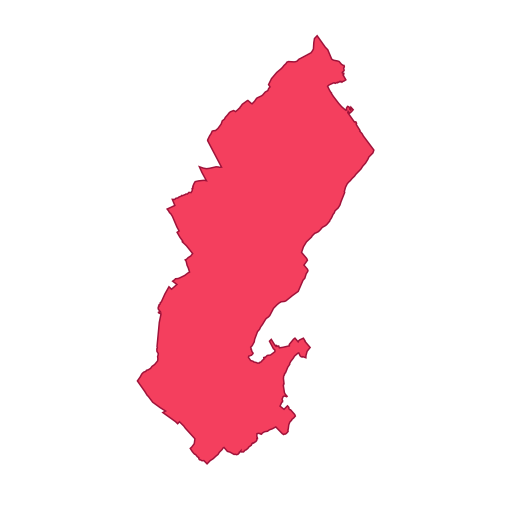 Vultureni, Bacau, Romania, rotated 245°
{"feature_id": "2599482B57556224697015", "entity_name": "Vultureni", "entity_type": "district", "adm_level": 2, "iso_a3": "ROU", "parent_name": "Romania", "parent_adm1": "Bacau", "projection": "natural_earth1", "projection_center": [27.229, 46.411], "detail": "fine", "context": "isolated", "style": "filled", "palette": "rose", "viewbox_px": 512, "rotation_deg": 245, "n_neighbors": 0, "source": "geoboundaries", "source_scale": "gbopen_adm2", "svg_char_len": 6056}
<svg xmlns="http://www.w3.org/2000/svg" viewBox="0 0 512 512"><g transform="rotate(245 256 256)"><path d="M429.8,404.5L428.4,400.9L425.0,398.6L419.3,395.5L417.8,393.4L416.9,391.7L416.2,378.1L415.2,375.3L415.5,373.5L415.9,372.4L418.5,367.6L418.6,365.9L417.7,364.5L416.9,362.0L415.7,359.6L415.0,357.6L413.6,352.4L410.2,345.0L406.0,339.8L403.6,340.2L403.2,340.0L402.5,338.3L400.9,336.6L400.7,333.7L399.1,330.1L398.8,328.7L398.8,323.8L398.5,322.9L396.9,320.2L395.6,316.8L396.1,316.3L400.4,314.4L400.5,314.0L399.3,307.7L398.1,305.6L397.5,304.3L396.9,303.7L396.9,303.0L396.2,301.2L395.5,298.5L397.3,297.2L397.5,293.7L397.1,292.2L395.9,289.9L394.6,286.8L393.3,285.1L392.8,282.6L390.3,280.2L387.6,275.3L386.8,272.2L387.4,270.8L387.7,269.1L385.8,266.9L384.6,264.9L381.8,261.4L381.4,261.4L381.0,260.9L351.1,262.3L351.9,260.2L352.6,259.5L353.7,257.5L355.1,251.0L356.0,248.1L357.9,245.4L360.8,242.4L354.6,242.3L345.2,242.9L346.4,241.2L347.0,239.7L348.4,235.5L349.1,232.3L347.9,230.5L346.1,228.5L345.7,228.5L345.4,227.9L344.3,227.6L344.0,227.3L344.3,227.0L343.9,226.4L343.3,226.5L342.1,225.7L340.9,223.9L342.0,222.1L341.2,220.1L341.8,218.6L341.6,217.8L341.8,214.7L342.2,214.3L341.9,214.0L342.0,210.8L341.6,209.5L342.2,207.9L341.6,206.2L342.7,204.1L336.1,203.8L336.1,195.3L334.0,195.8L331.7,196.0L330.4,196.6L327.2,197.0L315.8,196.6L311.2,196.9L310.8,194.5L304.9,195.0L300.3,195.9L300.0,195.2L294.7,197.3L285.0,199.6L283.4,196.5L283.5,196.1L283.2,193.8L282.4,191.7L282.4,190.2L280.8,190.5L276.6,189.6L274.0,189.6L269.5,189.0L269.4,187.2L268.5,183.2L268.4,177.7L268.5,175.9L269.4,173.4L268.9,172.4L268.4,169.8L263.6,172.3L261.6,165.4L264.9,164.1L260.1,157.4L254.5,150.9L254.0,149.4L253.6,149.4L252.9,148.6L252.9,147.8L252.5,147.8L251.9,146.7L251.2,146.6L251.0,145.8L249.9,145.2L249.0,145.0L245.7,145.8L246.3,143.9L246.1,143.7L245.7,143.7L243.6,145.4L236.7,140.3L215.7,128.0L214.4,127.8L213.8,126.9L211.4,125.9L208.9,126.2L207.3,125.2L206.6,124.4L204.2,123.6L202.5,122.5L200.5,118.3L199.9,115.1L198.7,112.9L198.4,110.3L198.7,108.4L198.0,107.3L198.2,105.3L197.8,103.8L197.3,102.6L195.3,99.9L192.9,95.7L180.0,98.0L175.7,98.5L174.2,99.1L167.1,100.6L159.0,105.1L153.7,108.5L153.5,105.4L140.0,113.0L137.1,114.1L138.1,116.6L132.4,118.7L129.7,119.2L116.2,123.4L112.4,121.0L111.8,120.4L110.0,117.0L109.4,115.1L105.7,115.6L103.1,116.3L102.2,116.7L101.8,117.3L98.9,118.0L97.4,118.9L96.4,118.5L95.2,118.7L95.0,119.4L93.6,120.2L93.2,120.7L92.6,122.3L88.3,123.8L89.9,128.0L90.4,131.6L91.5,134.9L92.2,137.7L93.6,139.8L94.9,143.4L95.9,145.0L96.0,146.1L91.0,147.5L89.2,149.6L85.4,152.3L85.2,153.3L84.2,154.3L83.9,155.8L84.7,157.8L85.2,157.9L85.4,159.0L85.9,160.0L85.1,159.6L84.7,159.7L83.7,161.9L84.6,164.0L84.5,165.2L85.1,167.4L85.9,168.7L86.5,171.8L87.4,172.6L87.5,173.3L87.9,173.6L87.8,174.6L87.4,174.8L87.8,175.9L87.8,177.1L88.4,178.5L89.2,179.2L90.3,179.6L90.0,180.2L91.0,180.5L92.3,180.5L94.6,181.8L94.1,183.8L92.9,184.7L93.1,185.0L92.2,185.7L92.9,187.0L93.1,189.6L92.3,192.4L92.8,194.8L92.5,197.5L92.7,201.7L84.0,204.7L82.5,205.6L82.6,206.6L82.2,207.4L82.4,208.6L83.4,210.9L85.2,211.6L85.4,212.0L89.2,214.4L91.2,216.5L92.1,218.9L92.7,219.4L93.3,221.8L94.3,224.0L96.0,224.1L102.1,222.3L102.2,221.9L103.1,221.4L104.3,221.4L104.9,221.8L106.9,221.2L105.2,216.6L109.8,214.3L112.6,217.6L112.6,218.4L113.6,219.0L115.2,219.1L117.1,221.2L117.2,222.2L116.8,223.0L115.5,224.3L115.7,224.9L118.3,224.1L120.1,224.0L127.3,226.1L127.5,226.5L128.5,227.1L128.4,227.4L133.4,229.1L135.6,230.4L136.4,231.7L136.9,231.8L137.5,232.5L137.6,233.3L141.8,237.8L143.6,240.8L144.3,241.0L145.8,243.0L147.7,246.7L149.0,248.6L150.2,252.8L150.1,253.8L146.9,253.8L145.9,254.2L144.9,255.1L145.1,255.6L144.7,256.2L142.7,258.2L144.5,259.1L148.0,262.0L150.2,266.4L157.9,264.3L158.1,264.6L161.5,264.2L161.5,260.1L161.1,258.8L160.4,257.9L165.1,256.6L164.7,254.8L161.8,248.8L160.5,248.3L161.9,241.7L162.9,238.4L164.8,238.5L164.9,238.0L165.1,237.9L165.2,236.9L166.2,236.8L166.4,236.6L165.9,235.9L167.8,235.3L174.0,234.6L173.1,232.2L164.6,232.6L162.8,233.4L161.3,232.7L160.1,227.2L161.0,224.7L161.1,224.1L160.1,221.3L160.5,221.2L160.7,220.1L159.2,219.6L158.7,217.4L158.0,216.4L157.8,214.8L158.0,214.6L157.6,214.0L157.6,213.4L158.1,212.8L158.1,212.2L159.4,211.2L160.7,209.4L161.9,208.8L163.5,207.0L167.3,206.3L168.3,207.0L168.0,210.0L168.8,212.0L169.2,212.3L171.3,211.9L172.8,212.3L173.5,212.0L174.0,212.4L175.6,212.6L176.3,214.6L178.9,218.1L181.1,219.6L186.8,225.4L188.0,228.1L189.8,230.3L191.1,232.7L194.7,238.1L195.1,239.1L195.5,241.5L196.2,243.3L201.2,249.8L203.0,254.6L203.6,256.9L203.9,259.4L202.8,262.6L202.7,264.1L204.7,272.1L206.1,279.3L214.2,288.4L215.2,290.8L218.7,294.0L220.1,296.3L221.0,297.0L222.4,297.0L227.5,295.6L230.4,300.8L232.3,300.9L240.0,298.8L244.3,302.9L247.5,307.7L249.7,314.3L250.5,315.4L251.4,317.9L251.8,319.1L251.6,319.8L251.7,322.9L252.6,325.4L253.9,328.1L254.2,331.9L254.6,333.4L256.5,337.6L257.1,338.0L258.7,340.6L261.2,343.5L261.9,345.0L263.6,346.8L264.8,350.7L266.7,353.6L269.3,356.0L275.8,362.9L276.3,363.3L277.1,363.3L280.5,366.2L282.9,369.2L283.8,371.2L284.4,373.2L285.7,376.0L286.7,379.0L287.8,380.9L290.5,387.9L292.3,390.7L293.9,394.5L296.4,398.3L298.0,400.1L300.0,405.5L302.2,407.6L319.4,404.0L322.1,403.8L325.3,402.8L325.8,403.3L332.3,402.5L333.4,402.6L333.7,403.2L335.3,403.2L335.8,402.4L335.9,401.8L346.9,399.8L347.3,399.8L348.1,400.6L345.8,401.2L346.4,403.4L347.5,405.9L350.8,404.9L350.0,404.3L349.0,404.3L348.5,403.3L349.7,403.0L350.1,403.7L352.1,403.1L352.9,402.2L351.7,400.4L350.2,399.9L350.0,399.1L351.3,398.4L355.1,396.7L359.5,395.4L367.7,393.6L371.4,393.0L371.7,393.3L373.1,392.9L375.2,392.7L379.6,392.6L380.2,394.8L380.1,399.4L379.9,400.1L379.0,400.7L379.0,403.1L378.5,403.2L378.8,405.9L378.2,405.9L378.1,407.0L377.2,407.3L377.5,408.4L377.4,409.8L377.7,411.9L383.3,411.4L383.3,412.0L384.4,412.8L385.4,411.6L385.6,411.6L386.0,411.9L386.7,414.0L387.1,414.4L389.2,414.8L390.1,416.0L390.5,416.1L391.5,416.3L391.9,415.6L393.6,414.5L397.2,413.5L398.3,412.3L400.7,409.0L402.4,407.8L412.6,408.2L416.1,407.0L429.8,404.5Z" fill="#f43f5e" stroke="#9f1239" stroke-width="1.5"/></g></svg>